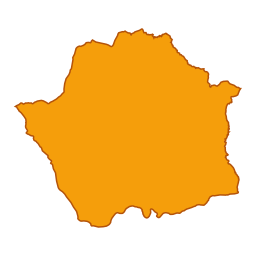 the district of Manja, Menabe, Madagascar
{"feature_id": "10022922B70385192089273", "entity_name": "Manja", "entity_type": "district", "adm_level": 2, "iso_a3": "MDG", "parent_name": "Madagascar", "parent_adm1": "Menabe", "projection": "mercator", "projection_center": [44.3, -21.407], "detail": "fine", "context": "isolated", "style": "filled", "palette": "amber", "viewbox_px": 256, "rotation_deg": 0, "n_neighbors": 0, "source": "geoboundaries", "source_scale": "gbopen_adm2", "svg_char_len": 5799}
<svg xmlns="http://www.w3.org/2000/svg" viewBox="0 0 256 256"><path d="M240.6,88.6L240.1,88.6L238.3,87.4L237.4,87.4L236.6,87.2L234.1,85.3L230.1,83.9L228.6,82.5L228.0,81.4L227.2,81.1L223.3,81.4L220.9,82.3L219.5,84.3L217.2,86.1L216.5,86.0L214.9,85.2L213.9,85.1L212.9,85.5L211.8,85.5L211.3,86.1L210.9,86.9L210.5,87.1L210.1,86.9L209.6,86.0L209.9,85.0L209.9,84.4L207.8,82.4L207.6,81.8L207.8,79.8L208.4,77.8L208.2,76.1L208.6,74.1L207.6,72.3L206.6,71.7L205.4,71.7L204.8,71.3L203.9,70.3L203.8,69.5L204.0,68.9L203.6,68.8L200.8,69.1L198.2,67.7L197.0,68.0L196.6,67.7L195.6,68.2L195.4,67.4L194.4,67.1L193.8,66.4L192.8,66.6L192.1,66.6L191.5,66.2L190.7,65.2L189.4,65.1L188.9,64.4L187.8,63.9L187.6,63.5L187.7,62.6L187.1,61.5L187.2,60.7L185.5,59.6L183.5,56.4L182.0,55.8L181.3,54.8L179.9,54.7L179.6,53.3L178.5,52.7L177.5,52.5L177.2,52.1L177.1,51.5L177.3,50.7L177.1,50.2L176.4,50.1L175.8,48.8L174.8,47.9L174.2,47.8L173.5,47.0L173.1,46.9L173.0,46.4L172.6,45.7L172.9,45.6L172.9,45.4L172.5,45.1L171.9,44.3L171.3,42.4L170.9,42.3L171.5,41.6L171.5,40.6L172.2,39.8L171.8,39.2L170.5,38.3L170.5,37.5L170.1,36.9L170.1,36.3L169.8,35.9L167.3,34.3L166.7,34.1L166.7,33.7L165.9,33.3L163.7,34.3L162.6,34.4L162.5,34.5L162.5,35.0L161.8,35.2L161.7,36.3L161.4,36.6L161.0,36.4L160.3,35.7L159.5,35.6L159.3,35.8L159.5,36.4L159.4,36.6L158.3,36.5L157.7,36.8L157.5,37.3L157.1,37.5L156.0,37.0L155.5,37.4L155.1,37.0L154.5,36.8L153.9,38.0L153.4,36.8L152.5,36.0L153.2,34.8L152.5,34.2L151.1,34.8L150.0,34.6L149.0,34.9L148.3,34.4L147.2,34.6L146.5,33.9L146.0,32.6L143.9,32.7L142.7,29.5L142.1,29.0L141.7,29.0L139.6,30.3L134.9,31.9L134.0,32.8L131.6,33.8L131.1,34.9L130.9,34.8L130.2,33.2L129.7,33.0L128.1,32.9L126.2,31.9L125.1,31.1L123.7,31.8L122.3,31.7L118.7,32.8L118.1,33.7L117.5,35.7L114.9,40.4L113.4,44.6L112.5,46.0L111.6,46.5L110.9,46.5L108.3,45.0L106.4,44.3L95.8,42.0L92.5,40.0L91.5,41.0L91.0,42.2L90.5,42.7L88.3,42.4L86.2,42.7L84.8,44.5L84.3,44.6L83.5,45.4L82.5,45.6L81.0,46.4L79.7,46.1L78.3,46.5L77.1,47.3L76.1,48.4L74.6,54.0L72.8,57.6L73.0,59.5L71.4,68.7L70.3,70.0L70.0,72.0L69.0,74.6L66.1,78.7L64.7,83.6L64.0,89.0L64.1,91.8L63.6,92.5L62.0,94.0L60.6,95.8L58.7,97.0L56.5,99.0L52.6,101.3L50.5,102.2L49.0,103.5L47.9,103.6L46.8,102.7L43.4,100.9L41.3,100.4L37.3,101.1L35.5,102.0L34.7,102.2L33.2,103.5L32.7,103.7L32.1,103.6L31.4,103.0L29.4,103.1L28.4,102.8L27.0,103.1L25.6,103.0L23.8,104.0L23.4,104.1L21.9,103.1L20.9,103.0L19.0,104.6L16.5,105.7L15.4,106.5L16.6,106.9L17.8,109.0L18.4,109.6L18.9,110.8L21.3,112.9L23.9,116.2L25.8,119.1L26.1,122.2L25.8,122.4L26.0,124.0L25.6,125.8L25.6,127.0L25.9,127.9L27.5,130.5L27.5,131.1L27.3,131.6L26.4,132.4L26.3,133.1L27.5,134.0L28.6,134.3L30.6,135.5L31.4,135.8L31.7,135.7L33.0,136.0L33.6,136.6L33.6,137.5L33.4,138.3L34.0,140.2L34.7,140.7L36.2,141.4L36.7,142.2L38.1,143.5L40.2,146.9L40.9,147.2L41.5,148.0L42.4,150.8L47.0,154.8L47.8,155.3L48.0,155.6L47.9,157.1L48.1,157.7L49.4,159.2L51.4,160.7L51.5,161.4L50.7,163.2L51.0,163.6L52.1,164.1L52.5,164.6L53.4,168.8L55.5,172.8L56.6,181.1L58.3,187.7L59.0,188.9L60.1,190.1L62.5,191.7L64.8,194.1L66.5,196.8L71.0,202.5L73.5,207.0L76.1,210.7L76.7,211.8L77.7,215.5L78.0,216.9L77.9,218.7L78.2,219.2L79.5,220.4L80.6,221.0L81.6,221.1L83.8,220.9L86.9,221.3L88.7,222.0L90.3,223.3L90.7,223.8L91.1,225.4L91.7,225.9L93.5,225.8L98.4,227.0L103.2,226.7L106.5,226.1L108.8,224.8L109.6,224.0L110.6,222.5L110.9,220.6L111.8,218.4L113.8,215.6L115.3,213.8L116.2,213.1L116.9,212.8L117.7,212.7L119.8,213.4L122.1,213.4L122.8,213.2L124.4,211.7L124.9,210.5L126.2,208.6L129.5,206.5L131.9,206.0L133.2,206.0L135.2,206.8L136.4,206.8L138.2,207.5L139.6,207.6L140.9,208.3L142.2,209.8L142.0,210.7L142.7,212.1L143.0,214.0L144.2,216.4L145.3,217.4L146.5,217.9L147.3,217.8L148.0,217.5L149.3,216.1L150.7,212.8L150.5,209.5L151.0,209.0L151.8,209.0L153.0,209.7L154.9,211.8L156.9,213.0L157.2,213.5L157.4,214.6L156.7,215.7L156.7,216.3L158.0,217.4L158.9,217.6L160.0,217.0L163.0,213.5L164.4,212.9L166.0,212.7L168.4,213.2L169.0,213.4L169.9,214.2L170.4,214.4L172.9,214.3L176.9,213.0L179.7,213.2L180.3,212.9L182.2,211.2L184.5,210.6L185.2,209.9L186.7,209.1L191.6,207.5L194.2,206.4L195.0,206.3L196.9,205.0L199.2,204.6L200.3,204.9L203.9,205.2L204.6,204.7L206.8,202.6L207.4,201.4L208.5,200.3L208.7,199.1L210.2,196.8L212.7,195.6L214.4,195.8L220.1,194.9L225.8,195.1L227.1,194.8L227.8,195.0L229.9,194.1L234.6,193.8L237.2,193.2L238.2,192.7L238.3,192.0L237.5,191.3L237.5,188.9L237.1,187.2L238.5,181.8L238.5,181.1L238.9,180.1L238.9,179.1L238.5,178.8L238.7,178.0L238.3,177.4L238.4,176.9L237.3,175.8L237.3,175.3L235.9,173.9L235.9,173.2L235.4,172.3L235.0,172.5L234.5,170.2L233.5,168.0L232.4,166.6L230.5,164.6L229.4,163.9L228.5,163.8L228.1,163.2L228.0,162.7L228.8,161.3L228.7,160.7L228.5,160.4L227.5,160.2L227.0,159.8L226.2,158.7L226.1,158.0L225.4,157.3L225.5,157.0L226.0,156.6L225.9,155.9L226.0,155.5L226.6,155.3L227.7,155.3L228.0,154.7L226.0,152.7L225.8,151.8L225.3,151.0L225.4,149.9L225.2,149.0L225.3,147.6L224.6,146.3L225.1,145.3L225.6,144.8L226.1,142.4L224.9,142.1L224.7,141.6L225.7,140.2L225.1,139.3L225.1,138.9L226.2,138.8L226.6,138.0L226.6,137.5L227.2,136.8L227.2,136.1L227.6,135.6L227.2,135.4L227.2,135.0L227.5,134.6L228.0,134.8L228.4,134.5L228.2,133.6L228.5,132.5L228.9,132.1L228.2,132.1L228.4,130.9L228.3,130.5L229.0,129.4L228.9,129.3L228.4,129.6L228.2,129.1L228.4,128.8L229.1,128.7L229.2,128.4L228.5,127.1L229.1,126.1L228.4,125.3L228.7,124.2L228.4,123.7L228.5,122.6L228.0,121.8L227.5,121.5L227.3,120.7L226.9,120.4L226.6,118.9L226.3,118.1L226.4,117.4L226.2,116.2L225.6,114.4L225.5,112.8L226.0,111.9L225.7,111.1L226.0,110.4L225.8,109.9L226.5,106.4L227.2,104.8L228.1,103.7L228.6,103.6L229.4,103.8L230.3,102.4L230.9,102.3L231.4,102.6L231.7,102.4L231.9,101.8L231.6,101.1L231.7,99.6L230.9,98.1L231.2,96.8L231.9,96.6L233.0,96.7L236.0,95.9L237.7,94.9L239.4,90.5L240.6,88.6Z" fill="#f59e0b" stroke="#b45309" stroke-width="1.5"/></svg>